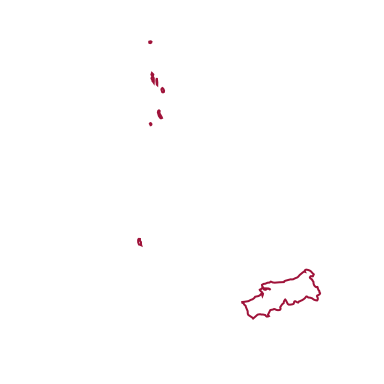 SVG path tracing the border of Portugal, rotated 63°
{"feature_id": "PRT", "entity_name": "Portugal", "entity_type": "country or territory", "adm_level": 0, "iso_a3": "PRT", "parent_name": "Europe", "parent_adm1": "", "projection": "robinson", "projection_center": [-13.235, 37.393], "detail": "fine", "context": "isolated", "style": "outline", "palette": "rose", "viewbox_px": 384, "rotation_deg": 63, "n_neighbors": 0, "source": "natural_earth", "source_scale": "50m", "svg_char_len": 3284}
<svg xmlns="http://www.w3.org/2000/svg" viewBox="0 0 384 384"><g transform="rotate(63 192 192)"><path d="M314.2,123.9L315.3,122.9L316.4,122.2L317.0,122.0L319.6,121.3L320.3,120.9L320.9,121.0L321.0,121.3L321.4,122.0L321.9,122.4L322.0,122.7L321.0,124.1L320.9,124.5L321.4,125.4L321.5,125.7L321.8,125.8L322.5,125.8L323.7,125.2L324.6,124.7L324.9,124.9L327.3,124.6L327.9,124.9L328.3,125.1L329.5,125.4L330.8,125.5L332.5,125.0L333.2,124.5L333.3,124.0L333.3,123.7L333.5,123.4L333.9,123.3L334.5,123.5L335.3,123.7L337.3,123.8L337.7,123.5L338.4,123.6L339.3,124.0L340.3,123.8L340.8,124.3L341.1,124.9L341.2,126.1L341.1,127.4L341.4,127.9L342.1,128.0L343.2,128.0L344.2,128.3L345.0,128.9L345.3,129.5L345.4,129.9L345.0,130.2L344.5,131.1L343.2,132.3L341.2,133.3L339.8,134.7L338.8,136.3L337.5,136.9L337.1,137.3L337.0,137.7L337.9,139.7L338.2,141.2L338.4,143.0L338.3,143.5L338.3,145.5L338.1,146.1L338.2,146.6L338.5,147.1L338.7,147.6L338.1,148.3L337.0,149.0L336.2,149.6L336.0,150.2L336.1,150.6L337.5,151.9L337.8,152.4L337.6,153.7L336.9,155.8L336.2,157.0L335.2,157.5L331.1,157.5L330.1,157.8L330.2,158.1L331.2,159.7L332.2,160.5L332.6,160.7L333.0,162.7L334.7,165.7L336.3,166.1L336.9,166.9L336.8,167.9L336.3,169.1L335.4,170.3L334.2,171.2L333.5,172.0L333.5,173.0L333.2,174.2L332.9,175.2L332.8,175.9L335.8,180.0L337.5,179.8L337.4,180.9L336.9,182.0L336.3,182.3L334.9,182.6L333.6,184.1L332.6,185.9L331.8,186.8L331.1,188.9L331.2,189.9L331.6,191.3L332.5,195.0L331.4,195.2L327.2,197.6L325.9,197.6L323.4,196.5L319.1,196.2L317.7,195.9L316.0,196.6L314.6,196.6L313.5,197.5L312.8,197.2L313.6,195.2L314.9,191.2L314.8,188.8L315.1,186.7L314.7,184.6L314.0,183.3L314.9,180.0L314.8,178.2L313.9,176.0L316.5,176.4L315.7,175.5L314.9,174.9L314.1,175.1L313.4,175.0L311.2,175.9L310.1,176.1L309.8,176.0L309.9,174.6L309.3,172.9L310.1,172.4L311.2,172.3L312.1,171.5L312.6,170.7L312.3,169.2L313.0,167.7L314.8,166.5L313.9,166.7L312.8,167.5L311.2,170.2L310.6,171.6L309.2,172.0L307.9,172.2L307.3,172.1L306.5,171.8L306.4,170.7L306.4,169.9L307.0,168.3L307.1,166.0L307.9,164.0L307.8,163.5L307.6,162.6L308.2,161.9L309.1,161.3L310.3,159.6L312.0,155.4L314.0,151.0L313.8,150.5L313.4,150.1L313.5,148.9L314.6,143.7L315.1,143.0L315.7,141.5L315.7,139.1L315.9,137.4L315.9,136.6L315.6,135.6L314.8,133.6L313.9,129.5L313.8,128.2L314.5,127.5L313.4,127.4L312.9,126.5L313.0,125.5L314.2,123.9ZM106.7,185.1L107.4,185.2L111.4,185.0L112.4,185.1L112.3,186.2L111.5,186.7L109.2,187.0L105.6,186.3L104.4,185.3L104.2,184.6L104.3,184.3L105.1,184.0L106.7,185.1ZM210.2,259.7L211.9,260.5L213.5,260.2L215.5,261.2L216.5,261.4L215.6,262.1L214.7,263.1L212.4,262.8L210.5,261.9L209.8,261.3L209.6,260.7L210.2,259.7ZM76.3,175.9L77.3,176.5L75.7,176.7L75.2,176.9L74.0,176.5L72.5,176.6L71.6,175.8L71.4,174.9L71.9,174.4L73.2,174.4L76.3,175.9ZM89.7,173.1L89.4,173.2L86.9,172.8L86.2,172.2L85.9,171.2L86.4,170.9L87.5,170.7L89.1,170.9L90.1,171.6L90.1,172.5L89.7,173.1ZM80.9,174.4L80.3,174.6L77.1,173.4L76.0,172.9L74.5,171.6L78.7,173.2L80.9,174.4ZM40.4,161.6L39.8,162.3L38.9,162.1L38.6,161.8L39.0,160.3L39.7,159.9L40.4,160.5L40.4,161.6ZM70.3,174.8L69.0,174.9L67.8,173.7L69.7,173.1L70.2,173.5L70.5,173.9L70.7,174.5L70.3,174.8ZM113.8,198.3L113.7,198.6L113.0,198.5L112.1,198.6L111.7,197.8L112.1,197.4L113.1,197.3L113.6,197.7L113.8,198.3Z" fill="none" stroke="#9f1239" stroke-width="2"/></g></svg>